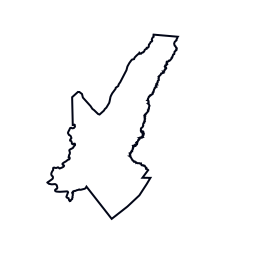 Shibuyunji, Central, Zambia (Natural Earth projection), rotated 50°
{"feature_id": "96606910B97598096149790", "entity_name": "Shibuyunji", "entity_type": "district", "adm_level": 2, "iso_a3": "ZMB", "parent_name": "Zambia", "parent_adm1": "Central", "projection": "natural_earth1", "projection_center": [27.684, -15.332], "detail": "fine", "context": "isolated", "style": "outline", "palette": "ink", "viewbox_px": 256, "rotation_deg": 50, "n_neighbors": 0, "source": "geoboundaries", "source_scale": "gbopen_adm2", "svg_char_len": 5829}
<svg xmlns="http://www.w3.org/2000/svg" viewBox="0 0 256 256"><g transform="rotate(50 128 128)"><path d="M90.1,31.2L72.9,48.4L73.2,48.8L74.6,49.7L74.5,50.7L74.9,51.9L75.6,53.0L76.8,53.4L77.0,54.1L76.7,55.5L77.4,56.9L77.5,58.3L78.8,59.6L79.3,60.5L79.1,61.4L78.6,62.1L79.3,62.7L79.0,63.6L78.9,64.9L79.7,66.4L79.8,66.9L79.6,67.3L79.8,67.8L79.3,69.1L79.5,70.1L79.0,70.6L78.9,71.0L78.4,70.8L77.7,70.9L77.9,71.3L78.0,74.8L78.3,77.6L79.1,79.1L78.2,80.9L78.3,82.0L79.1,85.2L80.5,88.9L82.7,92.0L87.9,104.5L88.6,107.1L89.6,108.5L89.3,111.5L90.0,112.4L91.3,117.8L92.2,120.0L92.9,121.4L95.7,124.9L96.7,126.3L98.5,131.5L98.6,133.6L99.2,135.3L99.4,141.1L98.1,141.9L92.5,142.5L90.5,143.0L87.2,142.6L75.7,143.0L72.4,141.4L69.2,142.1L68.2,143.2L68.5,151.0L90.2,168.4L90.8,167.6L90.9,167.0L91.3,166.8L92.9,167.8L93.2,169.6L92.4,170.9L91.2,171.5L90.9,172.5L91.7,174.1L92.5,176.1L93.2,177.2L95.3,177.7L95.7,177.4L97.3,177.1L98.9,177.6L99.5,178.1L99.7,179.6L100.2,180.3L100.6,180.4L100.9,180.0L101.3,180.0L102.5,180.0L102.3,179.7L102.5,180.1L103.9,181.0L104.7,180.9L105.0,180.6L105.3,179.4L105.8,178.9L106.4,179.0L107.1,179.7L107.2,181.0L107.8,182.7L107.8,183.6L107.2,186.1L107.2,186.9L107.5,187.4L109.5,188.3L110.4,189.2L110.9,190.6L111.3,191.0L112.2,192.3L112.6,192.3L112.6,191.8L113.0,191.7L113.8,192.2L114.1,192.7L114.2,193.3L113.7,194.5L113.7,196.7L113.2,199.6L113.2,201.0L113.5,201.4L114.3,201.6L115.0,201.2L115.7,201.2L115.9,201.3L116.2,202.3L115.9,204.0L115.1,206.3L114.8,206.5L113.5,206.7L113.1,207.0L112.6,208.5L111.8,209.4L110.9,210.0L110.5,210.8L110.7,211.2L112.1,212.4L112.5,214.0L113.4,215.8L114.4,216.7L115.4,217.0L116.8,216.8L117.9,217.5L118.2,217.9L118.4,218.4L118.4,219.4L118.1,223.1L117.9,224.5L118.0,224.8L120.0,224.4L122.2,222.6L124.0,220.0L124.7,219.6L126.1,219.4L128.1,220.4L128.6,220.9L128.8,221.3L128.5,222.9L128.7,223.8L129.2,224.1L129.8,224.2L131.0,223.4L133.1,221.2L137.4,215.4L137.9,215.1L138.7,215.2L141.1,219.4L141.3,219.5L142.1,219.5L143.6,218.7L145.4,219.5L146.6,219.6L146.9,219.0L146.5,218.0L146.5,216.4L145.8,215.7L145.5,215.0L144.8,214.6L143.9,213.3L143.0,212.7L142.8,212.8L141.7,212.4L141.6,212.0L141.9,211.6L141.5,211.5L141.3,210.8L141.7,209.6L142.3,208.9L142.7,207.3L143.3,206.2L143.7,204.9L144.3,204.7L145.0,203.8L146.7,200.3L146.8,199.1L146.2,197.5L187.1,198.9L187.8,178.9L186.9,162.6L182.9,149.5L180.6,142.9L175.4,148.9L173.2,139.6L172.7,139.6L172.2,139.9L171.2,139.9L170.9,140.4L170.1,140.0L170.0,139.7L169.7,139.9L169.1,139.7L167.7,139.6L167.4,139.9L167.3,139.7L166.0,140.5L165.8,141.1L165.4,141.4L164.6,141.4L163.5,140.8L162.8,141.8L162.3,141.9L161.0,143.4L160.1,143.8L160.0,144.1L159.6,143.8L158.4,144.5L157.9,144.4L157.7,145.1L156.1,145.1L155.7,145.3L155.5,145.1L153.8,145.0L152.3,144.6L151.8,144.8L151.2,144.5L150.7,144.7L150.8,144.5L150.5,144.2L150.6,143.9L149.6,143.3L149.3,143.5L148.5,143.0L148.9,142.5L148.7,142.2L148.9,141.6L148.7,141.1L148.2,140.8L148.3,140.2L148.0,139.9L148.2,139.7L147.8,139.5L147.6,138.4L146.9,137.3L146.6,137.3L146.5,136.7L146.0,136.3L146.0,135.6L145.5,135.5L145.4,136.0L145.3,135.9L145.2,135.4L144.9,135.4L145.5,134.1L145.4,133.7L146.2,133.6L146.4,134.0L146.6,133.8L146.2,132.6L146.3,131.6L145.8,131.0L145.3,131.3L145.2,131.6L144.6,131.3L144.7,131.0L144.4,130.4L144.8,130.0L144.8,129.5L144.0,128.2L144.1,127.5L144.0,126.9L143.7,127.0L143.7,126.0L143.0,125.5L142.8,125.6L143.2,124.5L143.9,124.3L144.3,123.7L144.6,122.5L144.1,122.6L144.1,122.2L143.9,122.0L143.4,122.2L143.2,121.5L143.5,121.0L143.3,120.5L142.9,120.5L142.7,120.2L142.5,120.3L142.5,120.1L142.1,120.2L142.1,119.9L141.9,120.0L141.9,119.6L141.4,119.3L141.2,118.8L140.4,118.8L140.3,119.3L140.1,119.1L139.6,119.9L139.8,120.2L139.4,120.4L138.9,120.2L139.1,119.7L138.9,119.7L138.9,119.4L137.9,119.5L136.8,118.5L136.6,118.1L136.7,116.6L136.4,115.5L136.0,114.8L135.6,114.8L135.3,114.4L134.4,113.4L134.4,113.1L134.2,112.8L134.4,112.2L133.9,111.7L133.9,111.4L133.8,111.1L133.6,111.2L133.5,110.6L132.7,110.4L132.7,110.1L132.1,109.5L132.1,109.3L131.3,109.0L131.3,108.6L130.7,108.6L130.5,108.1L129.6,107.7L129.7,107.4L129.4,107.4L129.3,107.5L128.6,106.6L128.6,106.2L128.7,106.5L128.9,106.2L128.6,106.0L128.6,105.7L128.8,105.6L128.8,105.0L128.4,104.3L128.5,103.1L127.8,102.0L127.9,101.8L127.6,101.7L127.4,101.3L127.2,101.2L127.4,100.8L126.9,100.3L127.0,100.1L126.8,99.8L126.4,99.6L126.4,99.3L125.7,98.8L124.8,97.2L123.3,96.9L123.1,97.0L122.7,96.6L122.4,96.7L122.5,96.5L121.9,96.3L121.7,95.9L121.5,96.0L120.8,95.4L120.7,95.1L120.4,95.1L120.1,94.8L119.5,94.8L119.2,95.1L119.1,94.4L118.4,93.9L117.9,92.5L117.4,91.9L117.6,91.4L117.3,90.6L117.6,90.3L117.6,89.1L117.4,89.1L117.8,87.7L117.6,87.6L117.6,87.0L117.0,86.6L117.1,86.3L116.7,85.8L116.9,85.6L116.8,85.2L116.4,85.0L116.1,84.3L115.8,84.2L115.3,83.4L115.1,82.7L114.5,81.9L114.4,81.2L114.7,81.0L114.5,80.4L114.7,79.8L114.0,79.8L113.8,79.5L113.5,79.5L113.1,78.5L113.4,78.0L112.8,78.0L112.9,77.5L112.5,77.4L112.6,77.0L112.3,76.4L112.1,76.3L112.1,75.9L111.3,75.3L111.0,74.6L111.2,73.8L110.5,73.1L109.8,72.9L109.5,72.2L108.4,71.7L108.6,71.0L108.4,70.6L108.2,70.5L108.2,68.8L107.8,68.1L107.9,67.4L107.7,67.3L108.5,65.3L108.2,65.2L108.3,64.9L108.0,65.2L108.0,64.9L107.7,64.8L107.8,64.6L107.4,64.6L107.8,64.1L107.7,63.9L107.5,63.1L107.2,62.9L107.1,62.2L106.9,62.2L106.7,61.6L106.9,61.6L107.0,61.1L106.8,60.3L106.4,60.1L106.0,60.6L105.7,60.6L105.0,60.4L104.8,59.9L104.5,60.1L104.0,59.1L104.5,58.2L104.2,57.6L104.3,57.2L103.6,57.2L103.5,56.6L102.9,56.6L102.2,55.8L102.2,55.4L102.6,55.2L102.9,54.6L102.8,53.7L103.0,53.4L102.8,53.1L103.2,52.6L103.2,52.2L102.7,49.6L102.4,48.9L102.1,49.0L101.9,48.0L101.0,46.6L100.8,46.1L101.1,45.1L99.5,43.3L99.5,42.2L99.3,41.9L99.5,40.9L99.3,40.5L98.7,40.4L98.5,39.6L98.1,39.3L97.2,39.5L96.1,39.1L95.1,39.3L94.8,39.1L94.3,39.1L92.9,38.3L92.0,36.7L92.0,34.5L91.3,34.0L91.0,32.8L90.3,31.9L90.1,31.2Z" fill="none" stroke="#020617" stroke-width="2"/></g></svg>